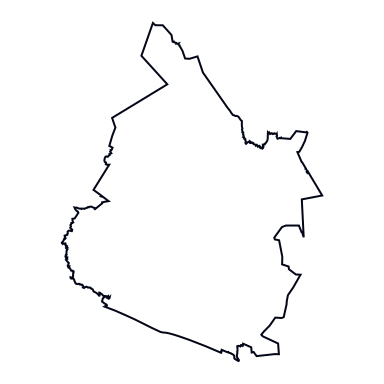 Coyuca de Benítez, Guerrero, Mexico
{"feature_id": "50627088B90299742739886", "entity_name": "Coyuca de Benítez", "entity_type": "district", "adm_level": 2, "iso_a3": "MEX", "parent_name": "Mexico", "parent_adm1": "Guerrero", "projection": "natural_earth1", "projection_center": [-100.103, 17.179], "detail": "fine", "context": "isolated", "style": "outline", "palette": "ink", "viewbox_px": 384, "rotation_deg": 0, "n_neighbors": 0, "source": "geoboundaries", "source_scale": "gbopen_adm2", "svg_char_len": 5863}
<svg xmlns="http://www.w3.org/2000/svg" viewBox="0 0 384 384"><path d="M197.5,56.4L189.5,58.8L185.1,58.5L182.5,50.9L179.7,45.9L180.5,45.7L179.8,45.6L179.6,45.9L179.2,45.2L178.6,44.7L178.4,43.9L178.7,43.4L178.0,43.6L176.3,43.7L176.4,43.4L176.2,42.9L174.5,42.4L174.0,41.7L173.6,42.1L172.6,41.7L171.5,35.0L162.8,25.3L155.3,25.2L152.9,23.0L141.4,55.8L167.3,84.3L112.1,117.9L115.4,127.6L112.3,135.7L109.3,146.0L111.3,146.9L112.5,147.7L112.2,148.2L112.1,149.1L111.0,150.5L110.6,150.3L110.6,151.2L110.2,151.7L111.3,153.3L109.5,154.0L109.7,154.5L109.5,154.8L109.6,155.2L108.8,155.5L107.8,156.8L106.3,156.4L105.5,156.7L104.6,158.7L104.4,160.6L104.6,161.5L105.0,162.1L106.0,162.5L105.8,164.3L106.3,164.6L109.2,164.7L93.5,189.9L101.9,196.0L101.2,196.4L103.4,197.2L108.6,201.1L102.1,202.3L102.2,203.3L94.3,209.7L95.2,208.1L93.8,207.8L91.2,206.6L89.9,206.7L89.3,206.9L89.0,207.3L88.1,207.0L87.2,207.8L86.5,207.8L85.5,208.4L84.4,208.8L84.3,208.6L81.8,208.6L81.4,209.0L80.1,208.5L79.1,208.6L76.7,207.6L75.3,207.7L74.5,207.5L75.1,208.9L76.3,210.5L78.0,211.8L78.3,212.9L77.8,213.1L77.7,213.9L77.8,213.8L74.6,218.5L72.4,218.8L72.6,221.1L73.2,222.4L72.7,222.6L72.3,223.1L71.3,223.0L71.0,224.5L70.4,225.1L71.0,226.4L70.2,227.7L70.6,228.3L72.2,229.6L71.9,231.1L71.3,231.1L70.3,230.7L68.8,230.7L67.9,231.3L67.6,231.7L67.8,233.4L67.7,233.7L67.2,234.1L67.2,234.9L66.2,235.1L65.8,235.4L64.9,235.5L64.6,235.7L65.4,237.9L64.7,237.9L64.5,238.3L65.2,238.3L65.0,239.0L63.8,239.8L63.3,241.0L62.8,241.7L62.5,241.8L61.8,242.8L62.0,243.3L62.8,244.0L63.2,243.6L65.4,243.4L65.7,244.2L65.3,244.8L65.6,245.3L67.1,246.1L66.8,247.1L67.0,247.3L66.2,247.3L66.4,247.9L66.1,248.1L67.4,249.5L66.6,250.6L66.4,254.1L65.8,254.9L65.6,255.9L66.1,255.7L65.8,256.4L66.0,257.6L66.7,257.2L67.3,257.3L67.0,258.5L67.3,258.9L66.0,259.9L68.8,263.1L68.4,263.9L68.3,265.1L68.0,265.3L68.3,265.7L68.1,266.1L67.9,265.5L67.8,266.1L68.3,267.3L68.6,267.6L68.9,267.5L68.7,266.7L69.2,266.5L69.0,267.2L69.4,267.3L70.1,268.8L71.0,270.1L71.2,270.6L72.2,270.7L72.4,271.2L73.0,271.0L73.1,271.3L72.9,271.7L73.1,272.0L73.3,272.0L73.3,271.6L73.6,271.6L73.5,273.0L73.1,273.8L73.1,276.0L72.9,277.1L72.6,277.6L72.1,277.3L70.9,277.6L70.5,277.4L70.5,277.8L71.2,278.6L72.3,278.5L73.0,278.7L73.0,278.2L73.5,278.7L74.2,279.9L74.5,281.1L75.2,282.4L75.4,283.1L75.8,283.6L76.2,283.6L77.2,284.2L78.6,283.8L79.4,284.0L79.7,283.9L80.0,284.6L82.1,284.7L82.4,284.9L82.5,285.6L83.0,285.7L83.3,286.1L83.3,287.1L83.0,287.5L84.1,288.0L85.0,287.2L86.4,286.7L87.0,287.1L87.4,287.1L87.8,287.5L88.3,287.4L89.2,287.7L89.8,287.5L90.5,287.7L90.8,288.4L91.5,288.6L92.8,289.5L93.2,290.3L93.3,291.0L93.8,291.6L95.5,292.4L96.6,293.1L97.9,294.2L99.1,295.7L99.5,295.6L99.7,294.8L99.3,294.3L99.5,293.5L99.3,292.7L99.9,292.7L100.6,293.4L101.6,293.9L103.4,295.9L104.4,296.1L105.0,296.0L105.7,296.2L107.0,296.2L108.0,296.6L108.3,296.3L108.4,296.9L109.5,297.4L109.7,297.2L109.5,298.1L109.0,298.5L108.4,298.3L108.3,298.5L106.6,297.5L105.9,296.4L105.4,296.4L104.4,296.8L103.5,298.0L102.8,298.3L102.3,300.5L102.0,301.2L102.2,301.7L103.0,302.2L104.4,303.4L106.4,304.5L106.9,305.2L106.9,305.6L106.5,306.3L105.5,306.0L104.5,306.6L115.3,310.7L128.0,316.3L135.0,319.5L151.6,327.8L160.4,331.9L162.3,332.4L166.5,332.8L169.7,333.5L173.7,334.6L179.9,336.6L188.8,339.7L205.6,346.2L221.1,352.8L221.6,351.5L221.2,351.3L221.7,349.8L226.1,351.7L227.1,352.1L228.0,352.0L228.0,352.4L230.9,353.3L231.5,353.9L231.9,353.9L233.4,354.8L234.1,355.7L234.1,356.2L234.4,356.5L234.3,358.3L235.0,359.0L238.3,361.0L238.7,360.9L238.9,360.4L238.7,359.7L237.1,357.5L237.0,355.9L236.8,355.1L237.4,353.1L237.2,351.8L237.5,350.9L237.5,347.6L237.2,347.0L237.3,346.1L238.7,345.8L240.3,346.4L240.8,345.3L241.8,345.8L241.9,345.2L242.9,345.5L243.1,343.7L251.2,347.3L251.7,352.5L253.6,352.0L256.6,356.1L274.8,354.1L278.9,354.2L278.1,343.5L262.9,336.4L261.3,334.7L263.8,331.6L269.6,325.7L275.3,317.6L281.5,318.0L283.7,317.2L286.6,304.2L286.7,301.6L287.9,295.2L293.2,287.5L300.5,274.7L295.9,274.5L289.0,269.3L288.6,266.5L282.1,264.4L282.3,256.8L279.1,240.3L274.8,239.4L274.3,237.6L281.9,227.1L286.0,225.5L298.9,225.5L301.5,232.0L302.0,232.0L303.7,237.3L301.8,199.4L322.2,195.5L308.1,171.9L307.6,173.0L306.9,172.4L306.6,171.8L307.0,170.9L306.0,168.7L305.5,168.8L305.4,167.8L304.4,166.0L302.1,162.2L301.7,162.1L297.4,152.1L299.3,151.8L302.1,146.9L304.9,141.0L307.5,132.7L306.7,131.8L305.5,132.3L296.2,131.1L290.3,138.9L281.1,138.2L281.0,137.7L280.3,138.1L280.1,137.9L279.6,137.9L278.7,138.4L277.6,138.7L276.7,137.9L276.8,138.0L276.9,137.6L276.9,136.7L276.6,136.4L277.0,135.7L276.8,134.1L276.6,134.5L276.1,133.9L274.9,133.5L274.6,133.6L274.2,133.3L273.6,133.9L272.8,134.1L272.2,133.8L272.1,133.4L271.3,133.2L270.1,134.0L269.1,132.3L268.5,132.4L269.5,134.1L267.9,132.4L267.7,138.6L267.3,140.7L265.5,143.4L264.8,143.7L264.7,144.4L262.8,144.6L262.8,144.9L263.4,146.2L263.0,146.4L263.3,147.2L263.1,147.9L262.5,148.5L262.0,147.9L261.1,148.3L260.8,148.1L260.9,147.9L260.7,147.3L260.2,147.4L260.0,146.9L259.8,147.1L259.4,146.3L259.2,146.6L258.8,146.6L258.4,146.0L257.9,145.8L257.6,146.3L256.8,145.0L255.8,145.6L255.6,144.8L255.4,144.9L254.7,144.5L253.8,144.2L253.4,143.9L253.4,143.1L252.7,142.7L252.5,143.0L252.1,143.0L251.7,142.5L251.1,142.3L250.6,143.0L250.3,143.0L250.4,141.8L249.9,141.3L249.8,141.6L249.5,141.9L249.1,141.5L248.4,142.1L247.1,142.5L246.9,143.0L246.5,143.1L246.1,143.8L245.8,143.7L245.4,142.8L245.9,142.0L245.9,141.6L245.3,140.4L245.4,139.7L245.3,139.2L244.4,138.8L244.6,138.5L243.9,137.8L244.2,137.5L243.9,137.0L243.5,136.9L243.8,136.6L243.5,136.0L243.6,135.2L243.1,134.8L243.2,132.9L242.9,132.6L243.0,132.4L242.3,132.2L242.4,131.1L242.0,129.3L242.4,128.6L241.9,126.4L241.8,123.4L242.0,121.6L241.8,120.9L241.4,120.7L240.8,120.1L238.5,116.8L237.8,116.3L236.3,115.9L235.2,116.0L234.2,115.3L232.9,115.0L230.9,112.4L230.5,111.5L227.3,107.4L202.9,72.5L197.5,56.4Z" fill="none" stroke="#020617" stroke-width="2"/></svg>